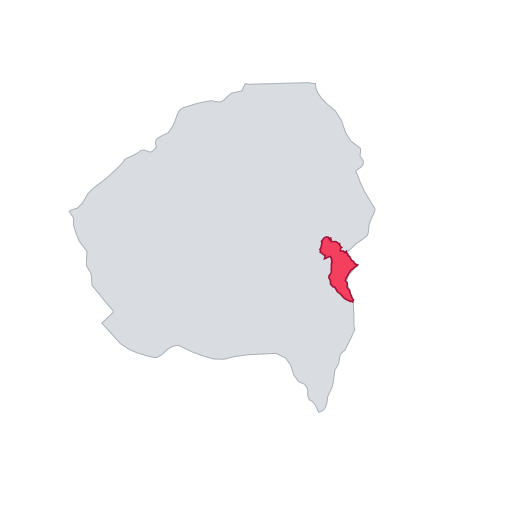 location of Bulilima, Matabeleland South, Zimbabwe, rotated 228°
{"feature_id": "62879985B39326733261715", "entity_name": "Bulilima", "entity_type": "district", "adm_level": 2, "iso_a3": "ZWE", "parent_name": "Zimbabwe", "parent_adm1": "Matabeleland South", "projection": "robinson", "projection_center": [27.403, -20.155], "detail": "fine", "context": "in_parent", "style": "filled", "palette": "rose", "viewbox_px": 512, "rotation_deg": 228, "n_neighbors": 0, "source": "geoboundaries", "source_scale": "gbopen_adm2", "svg_char_len": 7027}
<svg xmlns="http://www.w3.org/2000/svg" viewBox="0 0 512 512"><g transform="rotate(228 256 256)"><path d="M344.3,415.5L340.6,412.8L335.6,411.0L329.2,410.2L320.8,410.6L310.6,412.0L299.6,410.2L287.9,405.2L278.1,403.4L266.4,405.6L265.9,405.6L263.9,403.9L260.7,400.2L255.4,399.6L254.0,398.7L252.8,397.4L252.0,395.6L251.7,393.7L252.6,387.6L252.2,386.9L250.7,386.2L247.8,385.5L240.8,382.7L232.0,380.0L217.7,377.1L212.2,376.3L210.9,375.5L209.3,373.2L206.5,366.3L204.0,361.6L197.8,354.5L196.8,352.3L197.1,346.7L197.6,342.2L198.3,338.3L198.0,334.7L197.9,330.2L198.1,327.2L197.2,325.9L195.0,324.9L188.6,324.5L180.9,324.7L180.7,320.1L180.0,313.1L178.5,309.0L176.7,306.9L173.2,304.7L166.0,301.7L156.3,297.1L147.9,290.3L138.3,281.8L135.3,280.3L131.8,272.4L126.4,258.8L126.7,254.3L125.9,252.0L120.7,245.4L119.5,241.9L118.6,238.4L110.2,228.6L107.4,224.3L105.2,218.8L103.1,214.4L101.2,212.7L98.9,209.7L97.2,206.3L96.4,203.7L97.0,200.3L97.9,198.0L105.8,200.4L110.1,200.6L113.5,199.4L117.7,201.1L122.7,205.5L128.2,206.3L134.0,203.6L142.0,204.4L152.0,208.8L160.4,209.7L170.2,205.8L179.1,194.9L187.4,184.7L195.6,172.9L200.5,163.4L207.7,155.7L217.3,149.7L227.0,144.6L241.8,138.5L244.8,133.4L245.8,127.8L245.8,120.1L246.6,115.1L248.2,112.8L250.6,111.0L253.8,108.7L263.6,102.8L271.9,99.1L281.9,96.6L292.8,96.6L303.3,96.6L309.3,96.5L309.4,104.0L309.8,112.3L311.0,113.2L318.9,113.3L331.6,113.9L343.9,114.5L351.7,120.6L354.3,121.9L362.4,123.5L372.7,133.6L385.2,134.5L393.8,137.7L401.3,141.2L405.7,145.4L408.5,146.3L412.3,146.6L414.2,147.0L413.7,150.0L411.1,155.1L411.4,162.3L414.8,172.4L415.2,181.2L414.0,196.7L414.0,211.7L414.3,217.0L414.8,220.6L415.6,222.5L415.4,224.7L413.3,231.0L411.6,237.6L411.5,240.3L410.8,242.1L409.6,243.8L404.1,246.8L403.2,248.7L403.2,252.1L403.8,255.0L405.9,256.1L408.3,257.7L409.3,259.9L409.3,262.1L408.4,266.3L406.2,273.3L408.3,281.3L410.7,286.5L414.0,292.5L415.4,296.2L415.3,298.8L414.8,301.4L409.7,312.4L406.0,319.2L401.5,326.5L395.6,331.1L394.1,333.3L393.4,335.8L393.6,341.2L393.3,347.0L388.2,355.8L391.2,363.3L390.5,364.0L388.8,365.1L381.6,373.6L374.2,382.2L368.9,388.5L362.8,395.7L355.9,403.7L350.1,410.6L344.3,415.5Z" fill="#d9dde1" stroke="#a8b0b8" stroke-width="1"/><path d="M215.9,306.2L214.1,306.7L211.8,307.0L210.1,307.9L208.1,304.9L207.1,307.9L207.1,308.0L206.7,309.1L206.5,309.7L206.2,310.8L205.9,311.0L205.7,310.9L205.3,310.8L205.1,310.9L204.9,310.9L204.8,310.6L204.7,310.5L204.4,310.5L204.2,310.5L204.0,310.4L203.9,310.3L203.7,310.2L203.5,310.3L203.4,310.4L203.2,310.3L202.9,310.3L202.7,310.2L202.6,309.8L202.5,309.6L202.5,309.4L202.4,309.3L202.0,309.2L201.9,309.1L201.6,309.1L201.4,308.9L200.9,308.4L200.7,308.4L200.5,308.5L200.5,308.4L200.5,308.2L200.4,308.1L200.4,307.9L200.3,307.6L200.2,307.5L200.2,307.4L200.0,307.2L199.9,306.9L199.6,306.7L199.4,306.7L199.2,306.3L199.2,306.2L198.9,306.0L198.5,305.6L198.2,305.5L197.9,305.2L197.7,305.0L197.4,304.5L197.1,304.3L196.8,304.3L196.5,304.1L196.4,303.9L196.1,303.6L196.0,303.1L195.8,302.8L195.4,302.7L194.9,302.2L194.4,302.0L194.2,301.9L194.1,301.7L193.8,301.2L193.7,301.2L193.5,300.7L193.2,300.3L193.0,300.0L193.0,299.8L192.9,299.3L192.9,299.2L192.6,298.7L192.6,298.2L192.6,297.7L192.6,297.2L192.4,297.0L192.3,296.9L192.0,296.9L191.9,296.8L191.6,296.5L191.5,296.4L191.5,296.1L191.1,295.7L190.7,295.3L190.4,295.3L190.2,295.3L189.9,295.3L189.5,295.2L189.0,295.1L188.6,295.0L188.3,294.8L188.0,294.8L187.8,294.9L187.7,294.8L187.4,294.3L187.3,294.2L187.1,294.2L186.9,293.9L186.8,293.7L186.5,293.6L186.2,293.4L185.9,293.1L185.7,293.1L185.6,292.9L185.3,292.7L185.2,292.6L184.9,292.7L184.6,292.9L184.3,292.8L184.0,292.6L183.9,292.5L183.6,292.7L183.3,292.7L182.8,292.6L182.6,292.5L182.2,292.4L181.7,292.4L181.6,292.5L181.5,292.8L181.3,292.9L181.0,293.0L180.7,293.2L180.6,293.3L180.5,293.7L180.4,293.8L180.0,293.7L179.7,293.7L179.3,293.6L178.9,293.3L178.5,293.2L178.1,293.2L177.8,293.4L177.4,293.5L177.3,293.3L177.1,293.3L176.9,293.0L176.7,292.9L176.2,292.9L175.7,292.8L175.4,292.6L175.0,292.5L174.8,292.5L174.5,292.6L174.2,292.7L174.0,292.9L173.9,292.9L173.5,292.9L173.3,292.9L172.7,293.1L172.1,293.4L171.9,293.3L171.5,293.1L171.3,293.1L171.2,293.2L170.7,293.2L170.4,293.2L170.1,293.3L169.5,293.4L169.3,293.5L169.0,293.5L168.7,293.4L168.6,293.2L168.4,293.1L168.2,293.1L167.5,293.2L167.3,293.3L166.9,293.3L166.8,293.2L166.4,293.2L166.0,293.3L165.7,293.3L165.4,293.4L165.3,293.5L165.2,293.4L164.7,293.6L164.3,293.6L164.2,293.6L163.8,293.6L163.6,293.7L163.4,293.9L163.1,294.0L162.9,294.2L161.9,294.4L161.5,294.6L161.2,294.9L160.8,295.0L160.5,295.3L159.5,295.4L159.4,295.5L159.2,295.6L158.5,296.6L157.3,296.9L157.2,297.1L157.3,297.1L157.5,297.6L157.8,298.4L158.0,298.8L158.2,299.2L158.3,299.2L158.6,299.1L159.0,299.1L159.3,299.1L159.6,299.1L159.9,299.2L160.1,299.3L160.5,299.4L160.8,299.4L161.1,299.6L161.3,299.6L161.6,299.7L161.7,299.9L162.0,299.9L162.1,300.0L162.3,300.2L162.4,300.3L162.7,300.3L162.9,300.2L163.4,300.2L164.2,300.7L164.5,300.8L165.2,301.1L165.5,301.1L165.9,301.5L166.0,301.6L167.3,302.2L167.6,302.3L167.8,302.5L168.3,302.7L168.5,302.7L168.8,302.7L169.0,302.7L169.4,302.6L169.9,302.5L170.1,302.5L170.3,302.5L170.5,302.5L171.1,302.5L171.3,302.6L171.8,302.8L172.4,303.3L172.7,303.4L173.0,303.8L173.4,304.5L173.5,304.7L173.8,304.9L174.1,305.2L174.5,305.4L174.8,305.6L175.3,305.9L175.5,305.9L176.1,305.8L176.4,305.8L176.6,305.8L176.8,305.8L177.4,305.8L177.6,305.9L177.9,306.0L178.2,306.3L178.4,306.7L178.6,307.2L178.8,307.5L179.1,307.6L179.1,307.9L179.3,308.2L179.5,308.8L179.6,309.8L179.8,310.0L180.1,310.7L180.3,311.3L180.3,311.5L180.4,312.1L180.6,312.5L180.8,312.5L181.1,312.9L181.1,313.0L181.3,313.9L181.3,314.2L181.4,314.5L181.3,314.9L181.3,315.1L181.5,315.6L181.6,315.8L181.7,316.0L181.8,316.1L181.7,316.4L181.7,316.5L181.9,317.1L181.9,317.5L181.8,317.9L181.7,318.1L181.7,318.3L181.8,318.5L181.6,318.8L181.6,319.0L181.6,319.4L181.7,320.5L181.7,322.1L181.3,324.0L181.3,324.5L181.2,324.6L181.2,324.8L181.2,325.1L181.3,325.3L181.3,325.6L184.3,324.1L184.9,324.6L187.2,324.8L188.8,324.1L189.9,324.4L192.1,324.9L193.1,325.4L194.2,324.7L194.9,324.6L195.9,325.6L197.1,325.4L197.4,325.0L197.9,325.2L198.9,326.1L199.1,326.3L199.4,324.1L199.9,324.2L201.2,324.4L201.7,323.7L201.8,323.5L202.1,323.3L203.3,322.3L203.5,322.1L204.2,323.0L204.8,323.7L204.9,323.8L205.1,324.6L204.9,325.4L207.4,325.2L209.4,326.5L210.0,325.7L210.4,325.5L212.5,325.3L213.2,325.0L213.4,324.9L214.6,323.5L216.5,321.5L218.0,322.9L218.7,321.7L219.3,322.6L219.4,323.3L219.5,323.5L220.0,322.7L220.4,321.8L220.6,322.0L221.7,322.3L222.5,321.6L223.0,321.3L223.3,320.4L223.9,318.9L223.2,315.0L222.9,315.4L222.8,315.2L222.8,314.9L222.6,314.8L222.3,314.2L222.2,314.0L221.9,314.0L221.7,313.8L221.6,313.7L221.6,313.4L221.0,313.0L220.8,312.9L220.7,312.8L220.6,312.2L220.2,311.9L220.0,311.4L219.9,311.2L219.7,311.1L219.4,310.7L219.2,310.4L218.9,309.9L218.6,309.2L218.4,308.8L218.2,308.8L218.2,308.7L218.3,308.3L218.2,308.0L218.2,307.9L218.0,307.7L217.7,307.7L217.3,307.6L217.2,307.5L216.8,307.4L216.7,307.3L216.2,306.9L216.0,306.2L215.9,306.2Z" fill="#f43f5e" stroke="#9f1239" stroke-width="1.5"/></g></svg>